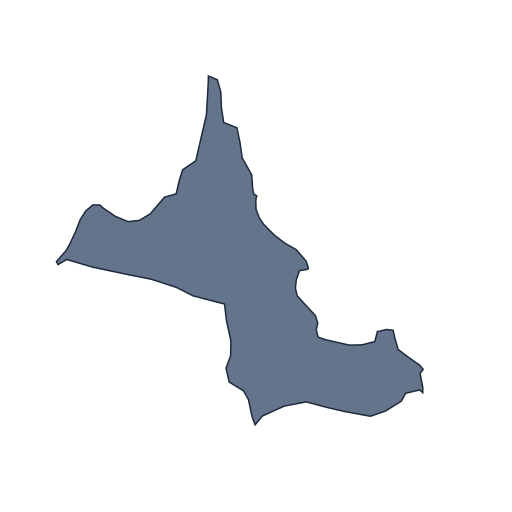 map outline of Drugovo (orthographic projection), rotated 13°
{"feature_id": "MKD-2953", "entity_name": "Drugovo", "entity_type": "Statistical Region", "adm_level": 1, "iso_a3": "MKD", "parent_name": "North Macedonia", "parent_adm1": "", "projection": "orthographic", "projection_center": [20.913, 41.469], "detail": "fine", "context": "isolated", "style": "filled", "palette": "slate", "viewbox_px": 512, "rotation_deg": 13, "n_neighbors": 0, "source": "natural_earth", "source_scale": "10m", "svg_char_len": 1354}
<svg xmlns="http://www.w3.org/2000/svg" viewBox="0 0 512 512"><g transform="rotate(13 256 256)"><path d="M169.1,91.3L178.7,93.0L184.9,104.3L188.8,118.8L194.5,133.2L208.6,135.4L214.9,149.1L220.5,163.5L233.6,177.9L237.5,190.8L239.8,196.1L243.2,197.2L243.2,201.4L245.5,210.5L250.6,218.1L256.3,223.4L269.4,231.7L281.2,237.0L293.8,240.8L306.2,249.9L309.9,256.2L309.1,257.5L301.7,260.5L300.6,270.4L301.7,278.7L305.1,285.5L318.2,294.6L327.3,300.7L331.3,307.5L331.3,314.3L334.8,321.1L342.7,321.9L356.9,321.9L367.1,321.8L379.1,318.8L391.0,312.7L391.3,302.1L392.1,302.1L399.5,298.3L406.3,297.5L409.2,303.6L415.4,315.0L426.8,320.2L439.9,325.5L444.4,328.8L442.3,333.5L448.2,346.8L449.2,351.6L445.6,349.7L432.7,356.1L430.2,364.8L417.3,377.7L403.6,386.4L378.4,387.6L361.3,387.6L337.5,386.9L317.3,395.9L298.3,410.4L293.1,420.7L288.4,413.6L281.0,397.7L274.2,390.2L258.3,384.9L252.0,372.0L253.7,359.1L250.8,344.7L241.8,325.7L236.1,309.8L232.1,309.8L203.7,309.0L185.5,304.5L159.4,302.2L137.8,302.9L99.7,303.6L72.4,302.0L65.0,308.9L62.8,306.3L69.6,293.7L71.9,286.1L74.8,272.4L76.5,260.3L79.9,250.5L85.6,242.9L92.5,241.4L96.4,243.7L100.5,245.3L110.0,249.0L123.6,251.3L134.4,247.5L143.6,238.5L153.6,219.3L164.2,213.4L164.3,199.2L165.1,188.5L175.9,176.7L175.9,162.5L175.9,150.6L175.9,129.3L170.6,98.5L169.1,91.3Z" fill="#64748b" stroke="#1e293b" stroke-width="1.5"/></g></svg>